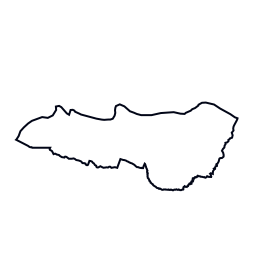 Sene East, Brong Ahafo, Ghana, rotated 290°
{"feature_id": "2480657B21050367867823", "entity_name": "Sene East", "entity_type": "district", "adm_level": 2, "iso_a3": "GHA", "parent_name": "Ghana", "parent_adm1": "Brong Ahafo", "projection": "equal_earth", "projection_center": [-0.307, 7.665], "detail": "fine", "context": "isolated", "style": "outline", "palette": "ink", "viewbox_px": 256, "rotation_deg": 290, "n_neighbors": 0, "source": "geoboundaries", "source_scale": "gbopen_adm2", "svg_char_len": 5408}
<svg xmlns="http://www.w3.org/2000/svg" viewBox="0 0 256 256"><g transform="rotate(290 128 128)"><path d="M144.4,124.1L147.1,117.2L147.4,112.2L144.5,109.2L142.7,109.2L140.3,109.7L137.8,110.9L135.0,111.2L131.5,110.5L129.9,108.5L129.0,106.1L127.5,102.8L126.9,100.4L126.0,95.2L124.6,79.2L124.8,77.8L125.2,72.7L126.0,71.7L126.2,69.9L125.3,67.9L120.3,68.1L120.8,65.5L124.8,58.2L125.2,55.7L123.5,52.9L120.4,54.3L114.1,53.0L110.1,49.2L108.9,43.6L101.9,35.3L98.1,32.6L92.9,29.9L88.2,28.0L83.0,28.0L79.1,27.1L78.7,26.9L77.0,40.3L76.9,40.7L76.8,40.9L76.7,41.1L76.7,41.4L76.6,41.7L76.5,42.3L76.7,43.6L76.9,43.7L77.0,43.9L77.0,44.1L76.9,44.2L76.7,44.8L82.8,61.6L81.7,61.5L81.2,61.7L80.7,62.2L80.6,63.3L80.3,64.5L78.0,67.0L78.8,68.0L79.0,68.5L78.9,69.2L78.7,70.0L79.0,72.3L78.8,72.9L78.5,73.3L78.0,75.8L78.5,78.3L79.0,78.3L79.6,78.7L79.8,80.0L78.9,82.9L79.3,84.1L79.8,85.5L80.8,87.3L80.8,88.4L80.2,90.3L80.6,92.6L80.6,93.9L80.6,95.0L80.3,95.9L79.5,97.1L79.5,97.5L79.9,98.5L79.9,98.9L80.1,99.3L80.0,100.3L79.5,100.5L79.1,101.1L79.0,102.1L79.3,102.7L79.8,103.0L83.9,103.0L84.0,103.6L84.2,104.1L84.2,104.4L84.1,104.8L84.1,105.8L83.6,106.4L83.2,107.1L83.1,108.0L82.9,108.3L82.6,108.7L81.9,109.5L81.8,110.4L81.7,111.0L81.2,111.2L80.5,111.9L80.4,112.4L80.5,112.9L80.9,113.7L82.6,115.1L82.5,115.7L82.5,116.5L82.3,117.1L82.3,118.7L82.7,119.4L82.9,119.9L83.4,120.7L83.8,121.5L84.0,122.7L85.2,123.6L85.4,124.1L85.5,124.7L84.9,126.0L86.7,129.1L86.9,131.5L96.2,131.5L96.3,134.4L96.5,135.1L96.6,135.5L96.7,137.2L96.4,138.4L96.4,139.6L96.1,141.1L96.2,141.4L96.0,142.2L96.1,143.8L95.6,146.5L95.3,147.2L94.7,148.5L94.3,149.9L94.7,151.0L94.6,152.0L94.7,153.1L94.9,154.3L95.4,154.7L95.3,155.7L95.4,155.9L96.0,155.8L97.0,155.9L97.5,155.7L98.3,155.8L98.7,155.8L99.7,155.9L100.2,155.9L100.1,156.2L99.4,156.9L98.8,157.2L98.0,158.0L96.9,158.7L96.2,159.4L96.1,159.6L95.7,159.8L95.3,160.1L95.0,160.5L94.5,160.9L94.4,160.9L94.2,160.7L93.4,160.9L92.8,161.2L92.5,161.9L92.2,162.1L91.8,162.2L91.5,162.0L91.4,162.1L91.0,162.1L90.7,162.4L90.0,162.6L89.7,162.9L89.1,162.9L88.8,163.2L87.9,163.6L87.6,164.0L87.6,164.6L87.1,165.0L86.9,165.3L86.7,165.4L85.8,166.4L85.8,166.5L85.6,166.8L85.5,166.7L85.4,167.0L85.2,167.1L84.6,167.8L84.3,168.0L84.3,168.3L84.3,168.5L83.9,169.2L83.7,169.8L83.7,170.2L83.6,170.4L83.6,170.5L83.2,170.8L83.2,171.0L82.7,171.7L82.6,172.3L82.4,172.9L82.4,173.1L82.3,174.0L82.1,174.6L81.8,175.0L81.6,175.7L81.7,176.8L81.9,177.3L81.4,178.0L81.5,178.3L82.0,178.7L82.0,179.4L81.8,179.9L81.7,180.5L81.6,180.8L81.6,181.3L82.1,182.3L82.3,182.5L82.5,182.6L82.7,183.4L82.9,183.7L82.9,184.1L83.1,184.3L83.1,184.7L83.2,185.0L83.4,186.0L83.5,186.3L83.8,187.2L84.0,187.2L84.0,187.9L84.0,188.1L84.1,188.4L84.3,188.6L84.4,189.1L84.5,189.1L84.5,189.3L84.8,189.6L84.9,189.9L84.9,190.1L84.8,190.4L84.9,191.0L84.8,191.4L84.8,191.6L85.2,192.0L85.5,192.3L85.8,192.4L86.0,192.7L86.2,193.2L86.2,193.7L86.9,194.4L86.9,194.6L86.8,194.9L86.9,195.2L86.9,196.1L87.0,196.2L87.2,196.5L87.5,196.6L87.5,197.0L87.6,197.5L87.4,197.9L87.4,198.1L87.5,198.3L87.8,199.2L88.1,199.5L88.3,199.6L88.4,199.8L88.5,200.0L88.9,200.5L89.0,200.9L89.1,201.0L89.4,201.0L89.6,200.9L89.8,200.6L90.3,200.6L90.7,200.6L90.8,200.5L91.0,200.5L91.2,200.4L91.4,200.5L91.6,200.5L91.8,200.8L92.0,200.8L92.3,201.0L92.7,201.1L92.4,202.6L92.5,202.7L92.8,202.9L92.8,203.4L93.0,203.4L93.2,203.6L93.5,203.7L93.6,203.9L93.9,204.3L94.5,204.3L94.8,204.1L95.2,204.3L95.5,204.3L96.0,204.8L96.5,204.7L96.6,204.9L96.3,205.1L96.3,205.5L96.7,205.8L97.2,205.9L97.3,206.1L97.3,206.4L97.2,206.6L97.4,206.8L97.6,206.7L97.8,206.5L97.8,206.2L98.2,206.3L98.2,206.1L98.3,206.2L98.6,206.1L99.0,205.9L99.4,205.8L99.6,205.9L99.7,206.6L99.8,207.2L100.1,207.3L100.3,207.3L100.5,207.3L100.8,207.3L100.9,207.1L101.4,206.4L101.5,206.3L102.8,206.1L102.9,206.9L103.2,206.7L103.3,206.8L103.3,207.2L103.5,207.4L104.1,207.6L104.2,207.8L104.4,207.6L104.6,207.7L104.6,208.0L104.9,208.1L104.9,208.3L105.0,208.5L105.3,209.4L105.7,209.6L106.0,209.5L106.3,209.5L106.5,209.6L106.9,209.7L106.9,209.8L106.9,210.1L107.0,210.2L106.9,210.6L106.8,210.8L107.0,211.2L107.0,211.5L107.3,212.1L107.1,212.7L107.1,213.3L107.4,213.9L107.5,214.5L107.6,215.8L108.0,216.6L107.9,217.2L107.7,217.4L107.7,217.6L108.0,217.9L108.6,218.6L109.2,218.8L109.6,218.7L109.8,218.9L109.8,219.0L109.8,219.5L109.7,219.7L109.7,220.9L109.9,221.2L110.4,222.9L110.8,222.9L111.8,222.1L112.9,221.3L113.1,220.8L113.7,221.1L113.7,221.4L113.9,221.9L113.9,222.9L113.9,223.4L114.9,223.0L115.8,222.9L116.1,222.7L116.9,222.7L117.8,223.0L118.8,223.2L119.2,222.6L119.3,222.7L119.3,222.8L119.3,223.4L119.4,223.8L119.6,223.8L120.3,223.2L120.9,223.4L121.3,223.4L121.7,223.4L122.0,223.4L122.2,223.7L122.5,224.2L122.6,224.5L122.8,224.6L123.3,224.4L123.9,223.6L124.1,223.4L124.4,223.5L125.1,224.3L126.2,224.4L127.4,224.7L128.9,224.5L130.5,224.4L131.3,225.0L131.9,226.5L133.0,227.2L133.8,227.6L135.4,227.1L137.4,225.8L138.7,224.1L140.8,224.4L142.6,225.2L144.6,224.8L146.1,225.2L147.4,224.6L148.5,226.2L150.0,226.9L151.2,226.4L152.3,227.3L153.0,227.3L154.5,229.1L157.0,228.8L159.1,227.1L160.5,227.6L161.7,228.0L163.6,227.0L165.5,226.7L167.5,226.9L171.5,227.5L173.6,227.7L174.6,227.6L174.6,224.8L176.0,219.5L177.8,207.9L179.5,200.8L178.5,192.4L177.0,188.9L174.0,186.3L173.1,186.4L169.7,184.2L167.6,181.9L165.7,181.0L162.0,177.1L160.6,176.4L159.4,172.4L158.5,165.5L153.3,153.8L148.2,145.8L144.6,136.0L144.2,131.4L144.4,128.4L144.4,124.1Z" fill="none" stroke="#020617" stroke-width="2"/></g></svg>